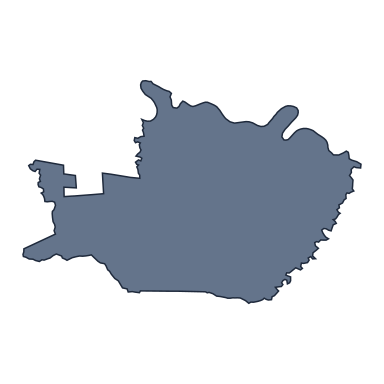 the district of Chopinzinho, Paraná, Brazil
{"feature_id": "56859067B45195642460777", "entity_name": "Chopinzinho", "entity_type": "district", "adm_level": 2, "iso_a3": "BRA", "parent_name": "Brazil", "parent_adm1": "Paraná", "projection": "mercator", "projection_center": [-52.452, -25.795], "detail": "fine", "context": "isolated", "style": "filled", "palette": "slate", "viewbox_px": 384, "rotation_deg": 0, "n_neighbors": 0, "source": "geoboundaries", "source_scale": "gbopen_adm2", "svg_char_len": 4345}
<svg xmlns="http://www.w3.org/2000/svg" viewBox="0 0 384 384"><path d="M240.6,122.3L234.5,123.1L230.0,121.8L226.0,118.9L224.6,117.4L222.2,114.1L219.9,110.5L216.7,106.7L214.3,105.2L211.7,104.0L207.6,102.3L205.4,102.2L203.3,102.8L200.0,104.0L195.6,105.8L192.9,106.5L190.6,105.9L188.4,104.5L184.9,102.0L182.8,101.1L180.4,103.7L179.0,106.5L176.9,108.1L173.2,107.6L171.7,105.2L171.3,100.0L170.0,96.9L171.4,93.4L169.2,91.4L166.9,90.8L163.6,89.5L160.7,87.9L158.8,86.7L153.0,83.8L151.1,81.4L149.1,81.5L145.8,80.7L142.6,81.0L141.3,82.6L140.6,84.9L141.0,88.2L142.7,91.1L145.3,94.5L151.1,98.3L152.9,100.4L154.5,102.7L156.8,107.7L157.2,109.8L157.1,112.6L156.5,115.1L155.5,117.1L153.5,119.3L150.4,121.1L147.5,121.2L144.8,120.6L141.8,119.4L143.4,122.7L142.3,125.5L143.7,128.2L142.5,130.1L143.4,132.4L144.1,136.2L140.8,136.6L137.9,138.3L134.8,137.6L134.2,140.5L135.5,142.7L137.6,141.9L140.3,142.9L139.3,144.7L139.9,147.9L141.0,150.0L140.0,152.1L137.6,154.1L136.0,156.1L140.1,157.1L141.8,158.2L140.8,160.9L138.5,159.9L135.5,162.2L136.7,164.3L138.5,165.0L136.8,166.9L137.9,169.4L138.4,173.3L139.7,175.1L139.8,178.3L130.3,177.4L127.4,176.9L110.9,174.2L102.4,173.1L103.6,193.7L92.6,194.6L74.2,196.0L71.8,196.1L64.1,196.6L63.9,187.2L76.3,187.9L75.4,175.5L63.8,173.9L63.5,165.2L35.6,160.2L34.0,161.7L33.0,164.5L30.4,164.3L28.7,165.6L30.3,168.8L32.8,170.7L35.1,171.5L37.0,169.2L39.8,169.4L39.1,173.2L40.6,175.1L39.4,178.9L40.4,181.4L38.2,182.5L38.1,184.6L38.9,186.8L41.1,187.5L43.4,188.9L43.7,191.8L41.2,193.1L42.7,194.5L43.7,196.3L44.5,198.5L44.9,201.5L47.2,201.8L49.7,201.5L52.2,201.3L54.6,202.2L55.5,205.3L54.8,207.4L54.0,209.7L52.4,211.4L52.2,213.6L52.5,217.5L53.1,221.7L54.6,224.4L55.2,227.1L54.1,230.7L55.4,234.1L23.9,248.8L23.8,251.9L23.0,254.4L23.4,256.5L25.9,257.2L29.2,259.0L33.0,259.2L35.5,260.5L39.4,261.5L41.9,259.8L44.1,260.1L47.4,258.9L50.1,258.0L53.1,255.6L56.3,254.0L61.6,256.0L62.4,258.0L65.2,259.2L67.0,260.3L72.2,257.7L76.1,256.7L79.6,256.0L82.6,256.2L85.9,255.9L89.0,255.4L91.4,254.9L93.8,257.3L98.0,261.3L100.4,262.9L104.6,263.7L106.0,265.8L107.7,269.8L109.6,271.3L111.4,274.3L114.8,278.5L118.3,280.8L122.5,287.9L127.1,288.9L128.2,292.0L132.3,291.6L135.0,292.1L139.4,292.7L140.4,290.9L170.7,291.2L177.9,291.2L205.5,291.8L207.2,292.8L209.1,292.4L212.9,293.7L216.6,296.1L220.2,296.5L225.8,297.6L227.7,298.2L230.2,298.2L232.9,297.8L234.9,297.9L237.3,297.8L240.3,298.0L245.5,300.6L248.8,303.3L250.9,302.1L253.6,302.2L257.7,301.4L260.4,300.6L262.7,299.6L264.2,298.2L266.1,299.3L268.3,300.0L271.5,299.7L272.1,296.7L274.4,295.7L276.7,293.2L278.6,291.0L277.2,289.6L275.4,287.3L278.6,286.8L281.4,286.5L282.9,284.6L281.6,282.8L282.9,280.6L284.9,279.4L286.8,280.2L287.4,283.9L289.6,282.8L290.6,280.8L290.6,276.9L287.7,275.9L285.8,275.0L286.7,272.8L289.2,273.0L290.8,271.8L293.1,269.9L295.7,267.8L300.5,269.9L302.4,268.4L300.7,266.5L301.4,263.1L303.6,263.4L307.5,262.6L309.1,260.2L308.2,258.0L310.7,256.6L312.6,258.9L315.5,258.7L312.6,255.9L313.0,252.8L316.3,250.2L318.4,248.3L315.4,245.8L314.7,242.6L316.6,241.6L318.6,242.1L320.7,240.0L323.2,240.1L326.2,240.1L328.5,238.8L325.9,237.2L324.4,235.4L322.8,232.8L321.7,230.1L323.8,228.5L326.2,228.8L328.6,230.2L331.1,230.9L331.9,228.5L333.2,224.8L336.3,223.4L335.1,221.3L333.2,219.6L335.5,219.0L337.0,217.1L338.5,214.5L340.1,213.3L338.4,212.2L336.9,209.7L339.4,207.8L338.9,204.9L342.5,203.0L344.1,199.9L346.1,198.5L345.8,194.7L347.0,192.9L349.1,193.4L350.7,192.3L353.8,191.0L352.3,188.9L352.6,186.0L352.7,183.6L353.0,180.0L351.6,178.1L349.5,175.5L351.4,172.5L351.2,169.4L354.0,166.7L356.1,167.6L358.5,167.8L360.6,168.0L361.0,164.2L356.8,161.7L351.6,160.1L349.2,158.7L348.9,155.6L348.3,152.3L346.3,151.1L343.4,152.9L338.7,155.0L333.4,154.9L331.7,153.0L328.8,150.5L327.9,147.4L327.8,145.1L327.0,142.2L325.8,140.2L324.1,138.5L321.8,136.8L317.8,134.3L313.2,130.7L310.9,129.7L308.4,128.9L306.4,128.5L303.3,128.5L300.5,129.1L298.4,129.9L296.6,130.9L294.5,132.8L289.9,137.9L288.1,139.6L285.9,140.1L283.9,139.9L281.9,136.9L282.5,133.2L285.1,129.3L288.1,126.2L291.6,122.1L293.3,120.4L295.8,117.8L297.6,115.2L298.2,112.6L298.1,110.4L296.6,107.9L293.6,106.5L290.7,105.9L287.8,105.8L285.5,106.4L281.4,108.7L277.3,112.4L276.1,114.2L273.9,116.5L272.6,118.5L268.9,122.7L267.7,124.4L264.1,126.3L260.9,126.5L257.5,125.5L252.7,122.9L249.1,121.8L246.0,121.6L240.6,122.3Z" fill="#64748b" stroke="#1e293b" stroke-width="1.5"/></svg>